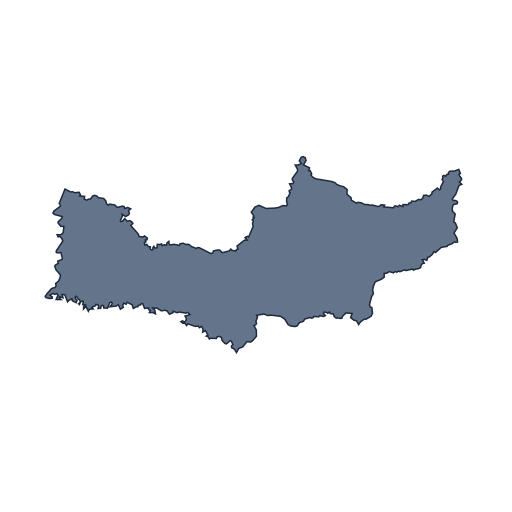 the district of Pinheiro Machado, Rio Grande do Sul, Brazil, rotated 262°
{"feature_id": "56859067B26662322490068", "entity_name": "Pinheiro Machado", "entity_type": "district", "adm_level": 2, "iso_a3": "BRA", "parent_name": "Brazil", "parent_adm1": "Rio Grande do Sul", "projection": "natural_earth1", "projection_center": [-53.403, -31.408], "detail": "fine", "context": "isolated", "style": "filled", "palette": "slate", "viewbox_px": 512, "rotation_deg": 262, "n_neighbors": 0, "source": "geoboundaries", "source_scale": "gbopen_adm2", "svg_char_len": 6069}
<svg xmlns="http://www.w3.org/2000/svg" viewBox="0 0 512 512"><g transform="rotate(262 256 256)"><path d="M163.1,223.2L166.9,226.1L167.8,230.2L172.5,235.1L171.5,238.6L172.5,240.8L176.5,245.3L182.7,246.0L187.4,244.3L187.9,246.1L189.3,247.2L191.3,246.8L195.4,249.1L197.2,248.3L197.4,255.7L195.5,259.2L195.2,263.2L192.8,272.0L189.4,275.7L183.7,278.2L181.9,280.5L180.7,284.8L181.0,286.9L184.0,289.9L184.7,293.9L186.7,295.3L187.6,301.0L186.6,302.5L187.1,304.2L188.1,304.8L187.0,309.7L188.0,310.5L186.7,314.8L187.4,316.4L189.7,314.8L191.0,315.7L190.5,317.8L189.3,319.0L190.3,321.0L188.7,321.4L187.7,324.6L185.4,324.9L183.2,326.8L183.3,328.6L182.4,330.7L182.5,332.5L184.2,333.2L187.1,337.3L185.7,343.2L181.9,341.1L178.8,344.0L177.9,346.5L173.8,348.1L176.4,350.5L178.5,354.7L178.1,356.2L180.3,361.5L183.1,363.4L188.8,363.6L189.6,362.1L192.0,361.6L199.3,364.6L202.5,367.0L206.3,366.8L209.7,368.1L213.8,370.4L215.5,376.9L217.2,380.0L220.9,380.5L220.8,383.2L222.0,385.9L220.2,389.8L221.2,391.5L220.4,393.3L221.3,395.0L220.4,396.3L221.6,401.1L220.7,402.4L221.3,409.3L220.0,410.1L220.9,412.3L220.7,414.3L221.5,417.3L224.3,418.5L225.3,419.7L225.5,421.6L229.2,420.2L229.1,422.7L227.9,424.5L230.9,426.0L230.9,427.4L233.2,431.0L235.5,432.7L234.5,434.3L238.8,440.7L238.9,446.6L239.9,447.4L240.9,452.0L242.4,454.2L241.6,455.9L241.9,457.6L245.5,457.6L251.2,455.3L256.0,459.3L261.0,458.0L262.2,456.5L269.9,459.1L272.9,456.9L276.1,456.9L279.5,458.6L279.7,462.4L280.8,463.0L282.0,462.9L283.2,461.3L283.7,458.8L285.1,458.3L289.5,462.5L297.5,466.8L298.4,469.8L301.0,467.6L302.4,469.7L304.1,470.4L307.6,468.4L308.9,468.6L309.2,469.9L313.5,468.9L312.5,464.4L313.0,459.7L311.7,458.1L310.2,458.0L310.2,456.3L308.7,455.1L309.7,453.2L309.1,451.9L307.5,452.0L306.0,450.9L303.7,452.0L298.7,448.5L296.5,448.0L295.9,446.8L298.0,445.1L294.7,439.1L293.1,438.9L291.0,435.8L292.6,433.0L292.7,430.4L290.1,429.2L288.7,427.1L289.4,424.9L287.9,421.0L288.7,417.7L287.0,416.8L287.2,415.0L285.7,413.9L286.4,408.7L284.5,408.4L286.3,405.0L285.0,403.3L286.2,401.3L286.1,399.9L284.6,398.9L286.3,391.5L287.0,389.2L288.5,390.4L289.4,386.9L288.2,385.4L288.0,383.7L290.4,378.0L290.3,376.2L291.4,374.1L291.8,370.8L294.1,367.6L295.0,364.0L294.3,362.9L298.0,358.2L300.6,358.2L304.5,354.7L309.2,355.5L312.5,352.3L313.7,349.1L315.7,345.9L317.9,344.1L319.4,340.9L324.1,326.0L326.1,323.2L328.4,321.7L329.6,322.6L332.9,321.5L333.2,320.1L335.8,321.3L339.7,315.7L343.4,318.8L346.5,318.5L347.9,316.5L347.4,314.4L344.2,312.1L341.2,313.8L340.3,310.3L340.6,307.5L336.1,309.2L334.3,309.0L327.7,302.7L326.1,302.6L323.9,303.7L322.6,302.8L322.8,299.3L318.1,300.9L316.8,299.9L316.2,298.0L314.9,297.8L313.9,298.6L310.2,296.3L309.2,294.5L305.9,293.9L302.3,294.3L301.5,292.9L302.2,289.6L301.0,285.4L300.8,281.6L301.7,272.5L305.8,265.9L304.6,261.8L300.1,257.4L295.9,259.4L294.9,258.5L294.1,259.5L292.4,257.3L291.2,258.3L288.7,257.1L285.7,257.3L275.8,251.3L276.7,250.0L275.7,247.7L273.0,249.4L273.2,246.6L268.5,238.6L265.4,239.1L265.1,237.6L263.7,236.6L265.2,232.5L266.4,232.0L264.7,230.1L264.0,223.0L266.9,220.9L267.3,219.0L267.0,214.6L265.1,213.7L264.7,211.6L272.1,201.0L272.5,199.5L271.8,198.0L274.2,193.6L276.9,191.0L277.3,187.9L278.7,185.8L278.8,182.6L277.2,181.4L278.9,176.8L279.0,172.4L280.1,171.6L282.6,171.7L281.5,169.8L279.1,168.7L279.9,166.8L279.4,164.4L281.1,164.2L280.8,161.8L281.3,159.9L277.8,159.0L278.0,156.8L279.8,156.2L278.7,155.1L276.6,154.7L276.7,153.0L277.9,152.2L279.7,152.7L280.4,150.6L282.7,149.5L282.4,147.4L284.6,147.2L285.3,148.9L287.1,148.5L287.3,150.5L289.0,150.8L291.4,148.4L290.5,146.9L291.6,142.9L294.3,142.4L303.6,136.2L305.3,138.6L306.6,138.2L308.6,136.1L308.2,133.6L311.3,131.2L309.0,128.5L308.8,127.1L309.8,126.5L314.4,129.4L316.0,129.2L313.2,132.4L314.6,135.8L315.9,136.5L318.8,136.2L320.1,138.5L321.9,135.7L321.3,132.6L323.3,132.3L324.0,130.6L323.4,125.4L326.2,123.3L327.8,118.2L326.8,116.8L328.6,115.2L331.6,114.9L334.2,113.1L335.7,108.0L337.4,106.9L338.5,104.9L338.2,102.7L335.2,99.7L335.7,98.3L334.9,96.1L336.2,93.9L338.9,94.5L340.0,89.8L340.8,90.7L343.7,89.8L343.9,85.3L345.2,83.2L345.2,81.4L348.9,76.2L335.4,68.4L334.3,69.2L332.5,69.1L328.6,62.1L326.7,60.9L325.2,62.1L322.0,69.6L320.3,68.8L317.4,64.8L316.0,64.7L312.5,66.9L312.1,69.9L305.8,68.3L304.2,65.6L304.8,62.0L302.5,62.7L302.6,64.4L300.7,66.0L297.7,66.8L289.1,59.1L287.7,58.6L286.7,59.6L286.5,63.3L280.6,63.9L279.6,63.4L278.5,58.9L276.3,59.3L274.8,55.8L273.8,55.3L270.2,56.0L264.5,59.7L261.9,59.0L258.5,56.8L256.6,53.7L254.3,53.9L252.8,52.7L252.3,49.1L248.3,44.4L245.3,41.6L243.9,42.4L242.5,46.2L242.6,48.4L243.9,48.5L246.0,46.4L247.2,49.8L246.0,51.3L246.5,53.7L244.6,54.3L240.7,52.0L240.0,56.8L241.5,55.6L243.1,55.7L241.4,59.0L244.9,58.7L244.2,61.3L236.8,63.0L238.0,64.3L239.3,67.8L237.2,67.9L234.8,71.4L237.2,72.7L238.9,71.3L240.4,71.3L241.2,72.3L236.6,75.3L234.8,75.7L235.7,78.0L234.6,78.6L232.0,77.6L231.2,80.2L229.8,78.2L227.5,77.8L229.7,80.6L224.6,82.3L226.5,83.6L226.2,87.4L228.1,86.3L229.1,90.2L230.4,90.8L229.7,92.7L227.9,93.2L226.0,92.3L225.8,94.8L227.7,95.6L228.6,97.0L227.8,98.1L225.7,98.0L225.0,101.7L230.2,104.7L230.4,106.5L228.9,107.1L226.0,104.3L225.9,110.5L226.9,112.9L222.2,114.3L223.6,117.5L225.8,117.1L227.7,118.6L226.3,120.7L228.1,122.0L225.0,126.5L221.1,127.2L222.3,130.2L222.2,132.0L223.5,132.6L223.7,135.0L224.9,135.8L224.5,137.2L219.6,138.4L219.5,142.4L217.9,142.2L216.8,143.8L214.8,142.5L214.4,145.9L212.7,148.4L216.3,148.3L218.9,146.5L218.1,150.8L214.9,154.6L214.9,158.1L214.1,160.2L210.4,162.2L211.3,165.8L212.8,166.3L210.8,170.1L211.2,172.2L209.2,178.5L209.6,180.6L207.1,182.5L206.4,177.3L203.6,178.4L201.5,177.4L200.6,176.2L202.0,174.2L201.5,172.5L199.5,174.3L199.5,176.1L196.8,177.6L198.3,179.1L194.7,186.1L194.6,189.2L192.9,189.9L193.9,192.4L190.6,193.4L188.0,192.6L189.2,195.5L184.4,197.4L183.6,195.7L183.0,197.1L180.3,198.3L180.9,199.7L179.8,205.3L181.4,206.2L181.5,208.4L180.1,210.5L177.4,210.5L173.7,213.0L173.1,214.5L175.7,218.6L174.9,219.8L171.5,220.8L170.4,219.2L168.6,219.1L166.7,221.7L163.1,223.2ZM234.8,75.7L233.4,73.6L232.5,74.4L234.8,75.7Z" fill="#64748b" stroke="#1e293b" stroke-width="1.5"/></g></svg>